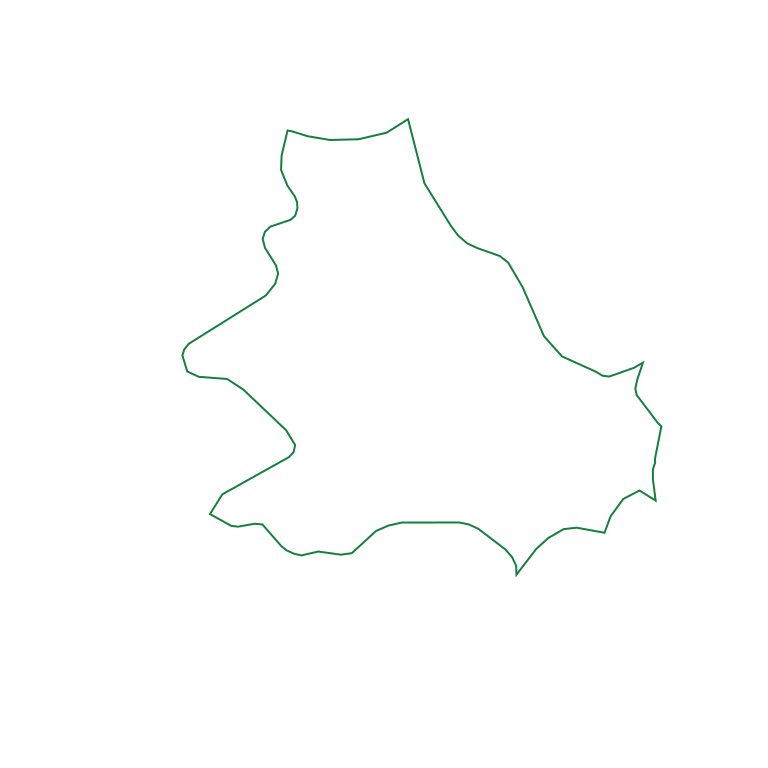 SVG path tracing the border of Crotene, rotated 322°
{"feature_id": "ITA-5392", "entity_name": "Crotene", "entity_type": "Province", "adm_level": 1, "iso_a3": "ITA", "parent_name": "Italy", "parent_adm1": "", "projection": "robinson", "projection_center": [16.94, 39.189], "detail": "fine", "context": "isolated", "style": "outline", "palette": "green", "viewbox_px": 768, "rotation_deg": 322, "n_neighbors": 0, "source": "natural_earth", "source_scale": "10m", "svg_char_len": 1258}
<svg xmlns="http://www.w3.org/2000/svg" viewBox="0 0 768 768"><g transform="rotate(322 384 384)"><path d="M464.0,124.9L467.1,128.3L476.1,141.4L491.7,158.5L514.7,175.5L540.8,187.6L566.0,190.1L539.4,250.8L534.1,300.4L533.8,312.4L536.1,324.3L541.3,334.5L554.0,354.4L556.6,364.8L552.8,393.2L539.5,444.8L541.2,471.8L558.4,504.5L561.3,512.0L566.1,516.8L591.1,525.2L601.2,526.6L586.9,536.0L579.4,542.1L576.3,548.3L575.8,583.3L576.4,588.2L551.8,609.5L549.0,613.1L543.6,616.6L537.2,624.7L526.3,643.1L519.7,625.2L501.8,621.9L481.0,627.8L466.2,637.0L447.4,615.9L436.3,609.0L418.7,606.5L402.4,607.7L371.0,615.8L376.3,608.5L378.4,599.1L377.7,588.7L369.2,556.3L364.4,546.9L358.0,539.4L312.8,504.2L300.4,498.3L287.2,494.9L254.5,497.5L245.0,492.0L229.0,475.5L213.5,468.3L208.7,462.5L205.0,455.5L203.3,448.8L201.7,419.8L196.0,414.5L181.1,406.5L176.3,401.8L166.8,379.4L188.6,371.4L264.2,383.1L270.9,382.0L276.4,377.4L278.4,360.2L269.7,301.8L263.5,283.5L242.5,264.3L236.7,253.0L242.7,237.4L247.8,233.8L254.8,232.1L345.5,241.5L360.0,238.0L368.5,231.9L371.9,224.1L374.0,203.5L377.7,195.0L383.8,190.8L391.3,190.0L411.6,197.1L417.6,196.7L424.0,192.2L427.6,186.9L429.2,181.3L430.0,168.3L434.7,151.9L444.0,140.9L464.0,124.9Z" fill="none" stroke="#15803d" stroke-width="2"/></g></svg>